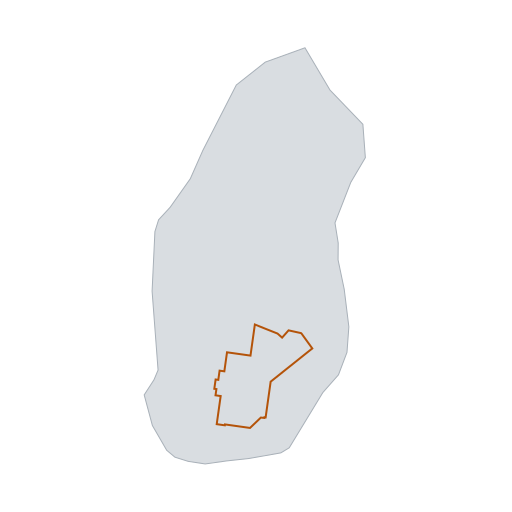 95, Ar Rayyān, Qatar shown in context, rotated 8°
{"feature_id": "91078587B87782055915042", "entity_name": "95", "entity_type": "district", "adm_level": 2, "iso_a3": "QAT", "parent_name": "Qatar", "parent_adm1": "Ar Rayyān", "projection": "mercator", "projection_center": [51.234, 24.913], "detail": "fine", "context": "in_parent", "style": "outline", "palette": "amber", "viewbox_px": 512, "rotation_deg": 8, "n_neighbors": 0, "source": "geoboundaries", "source_scale": "gbopen_adm2", "svg_char_len": 1002}
<svg xmlns="http://www.w3.org/2000/svg" viewBox="0 0 512 512"><g transform="rotate(8 256 256)"><path d="M276.9,457.6L255.1,463.1L234.6,469.0L217.5,468.8L203.7,466.5L194.6,460.8L177.0,438.3L164.6,409.1L172.2,392.8L174.9,382.6L158.0,305.3L152.5,245.9L154.5,233.7L164.2,219.7L180.2,188.6L188.7,158.7L212.7,89.4L238.2,62.7L275.5,43.0L306.2,81.4L343.5,110.7L350.6,143.4L339.6,169.9L329.6,212.2L335.6,231.7L337.8,248.4L348.0,276.7L357.8,313.2L359.5,338.7L354.2,362.2L341.2,381.9L315.6,441.3L308.0,447.5L276.9,457.6Z" fill="#d9dde1" stroke="#a8b0b8" stroke-width="1"/><path d="M240.5,427.9L240.5,428.0L248.7,428.0L248.7,427.1L274.0,427.1L283.3,415.3L286.8,415.2L286.8,414.5L288.0,414.5L288.0,378.4L301.8,363.8L324.6,339.7L311.9,326.5L311.3,326.1L298.6,325.1L293.2,333.2L288.1,329.8L275.7,326.8L264.4,324.0L264.4,355.4L240.7,355.4L240.7,355.5L240.7,374.6L235.9,374.6L235.9,383.9L233.2,383.9L233.2,393.3L235.3,393.3L235.3,399.6L240.5,399.6L240.5,427.9Z" fill="none" stroke="#b45309" stroke-width="2"/></g></svg>